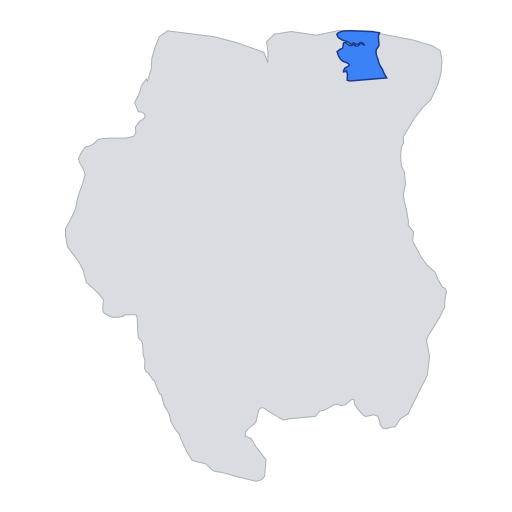 location of Commewijne within Suriname
{"feature_id": "SUR-70", "entity_name": "Commewijne", "entity_type": "District", "adm_level": 1, "iso_a3": "SUR", "parent_name": "Suriname", "parent_adm1": "", "projection": "natural_earth1", "projection_center": [-54.973, 5.762], "detail": "fine", "context": "in_parent", "style": "filled", "palette": "blue", "viewbox_px": 512, "rotation_deg": 0, "n_neighbors": 0, "source": "natural_earth", "source_scale": "10m", "svg_char_len": 3485}
<svg xmlns="http://www.w3.org/2000/svg" viewBox="0 0 512 512"><path d="M430.9,99.6L423.0,107.3L414.4,118.2L403.2,137.1L403.7,143.0L401.2,147.8L400.6,156.3L401.4,165.8L404.3,172.0L405.6,183.8L403.4,194.5L404.2,200.7L406.6,210.5L408.4,220.9L408.2,225.1L411.0,228.6L413.5,231.9L412.7,241.2L421.6,257.8L427.1,265.1L435.0,272.1L437.9,279.0L442.4,287.3L445.0,288.3L446.5,291.7L445.0,298.1L444.7,307.0L439.7,317.3L428.0,336.2L426.5,340.6L429.6,356.3L428.0,369.2L427.3,375.4L421.5,386.7L407.9,414.1L400.1,419.0L395.3,426.9L392.3,427.0L388.9,427.7L387.8,428.7L383.5,428.6L380.2,425.1L379.7,421.0L377.9,416.2L373.7,414.8L365.7,416.5L363.4,415.3L358.7,410.2L354.8,404.7L353.8,399.3L351.3,399.8L345.2,404.7L341.1,405.6L337.9,404.4L334.2,404.7L325.0,409.9L319.6,411.1L315.7,416.3L290.0,418.7L283.3,420.1L268.0,411.0L264.1,408.1L262.0,407.7L260.3,408.2L258.7,410.2L256.1,421.5L253.8,424.6L249.8,427.1L245.9,431.7L245.1,436.0L251.1,438.5L256.2,447.0L261.6,453.8L266.0,459.9L265.4,466.7L264.6,476.4L261.5,479.7L256.2,481.3L236.7,476.6L221.8,472.4L215.6,471.5L212.8,470.4L209.0,466.9L205.3,463.6L199.2,462.4L192.0,460.2L186.7,451.7L181.2,439.6L179.2,434.1L174.9,428.8L170.7,421.3L169.4,414.6L166.2,408.5L164.5,406.4L162.1,398.1L161.6,395.0L160.3,394.6L158.6,391.9L155.2,383.0L154.4,380.8L152.9,380.0L148.9,373.7L145.8,371.6L144.6,368.4L144.9,359.6L143.2,355.3L142.7,347.1L142.6,343.8L141.0,340.2L138.2,337.8L137.8,331.9L137.1,317.3L135.8,314.7L124.4,314.9L123.3,316.3L118.3,317.2L112.8,317.3L107.8,315.4L103.7,312.8L102.8,309.7L103.4,299.5L96.8,291.8L86.3,282.3L83.1,270.2L79.3,262.7L67.6,246.9L65.5,236.1L65.5,228.4L69.6,221.4L75.4,209.1L77.7,197.9L79.5,192.1L82.4,184.5L85.1,174.6L83.1,168.5L79.6,162.5L78.5,158.1L81.9,151.5L85.3,146.9L89.1,146.3L94.0,143.5L97.8,139.5L103.6,138.5L110.9,138.1L125.8,138.1L133.4,136.4L135.8,133.2L135.4,127.1L139.2,121.5L143.2,119.2L144.8,117.4L145.0,115.3L144.0,113.4L142.4,112.2L138.3,111.8L134.6,102.2L137.1,98.0L140.4,90.2L141.3,85.9L146.2,79.0L147.4,81.2L151.3,68.7L151.8,58.5L154.7,48.5L159.2,36.7L167.4,30.8L214.5,36.8L236.1,42.5L263.8,52.2L267.8,62.7L268.0,52.2L266.6,41.7L274.3,34.2L291.1,31.5L316.3,35.2L337.9,30.7L367.4,31.3L412.1,39.8L432.2,45.6L440.4,50.9L442.0,60.4L441.2,72.5L438.0,84.0L430.9,99.6Z" fill="#d9dde1" stroke="#a8b0b8" stroke-width="1"/><path d="M339.8,49.4L342.4,48.4L343.2,46.0L343.3,43.6L343.8,42.7L345.9,42.7L349.0,45.2L350.9,45.7L352.1,45.4L352.9,44.8L353.6,44.6L355.7,46.1L356.5,46.3L357.3,46.1L358.2,45.7L358.9,45.2L359.4,44.4L360.1,43.8L361.2,43.5L362.1,43.8L363.0,44.3L364.7,45.7L364.2,44.8L363.6,44.0L362.9,43.2L362.1,42.7L360.9,42.5L360.0,42.6L359.1,43.4L358.1,44.2L355.9,44.4L354.5,43.3L353.2,43.0L351.7,44.0L350.3,43.9L348.9,42.6L347.4,41.7L342.0,39.9L340.1,38.8L338.4,37.6L337.7,36.4L337.4,35.3L336.8,34.6L337.5,33.4L338.3,32.8L340.9,31.6L343.8,31.0L347.6,30.8L350.5,30.7L373.0,31.6L374.7,32.1L378.7,32.6L379.5,32.7L379.0,34.1L378.3,36.4L379.0,45.1L378.4,46.6L376.5,49.1L376.2,50.4L376.0,51.7L376.3,54.5L376.5,55.3L377.3,57.7L378.0,59.4L378.8,62.6L379.5,64.5L382.4,69.4L384.3,73.9L386.7,77.9L350.8,80.9L349.0,80.8L347.2,80.2L347.4,74.1L347.3,73.0L347.0,72.5L346.7,72.3L346.7,71.9L346.8,71.4L346.7,71.0L346.1,71.0L345.5,71.3L345.1,71.6L344.8,71.8L343.9,71.6L343.5,71.8L343.5,71.7L343.5,70.6L343.7,70.4L344.8,68.1L348.2,66.2L348.7,65.9L349.3,65.1L348.5,63.6L346.6,62.7L342.9,61.3L341.2,59.9L339.8,58.1L338.6,56.1L338.4,55.4L337.8,53.9L337.1,51.6L338.3,50.9L339.8,49.4Z" fill="#3b82f6" stroke="#1e3a8a" stroke-width="1.5"/></svg>